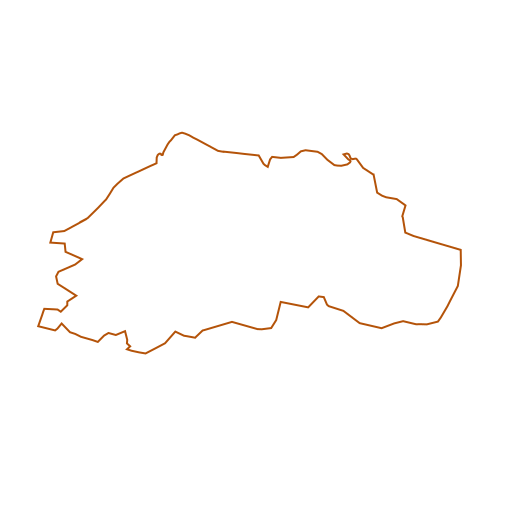 outline of Razih, Sa`dah, Yemen, rotated 283°
{"feature_id": "15242507B22437016360372", "entity_name": "Razih", "entity_type": "district", "adm_level": 2, "iso_a3": "YEM", "parent_name": "Yemen", "parent_adm1": "Sa`dah", "projection": "natural_earth1", "projection_center": [43.257, 16.923], "detail": "fine", "context": "isolated", "style": "outline", "palette": "amber", "viewbox_px": 512, "rotation_deg": 283, "n_neighbors": 0, "source": "geoboundaries", "source_scale": "gbopen_adm2", "svg_char_len": 2308}
<svg xmlns="http://www.w3.org/2000/svg" viewBox="0 0 512 512"><g transform="rotate(283 256 256)"><path d="M251.5,79.4L251.6,79.9L237.2,63.6L233.5,53.1L222.8,52.6L225.1,66.8L217.2,69.5L214.2,85.4L213.8,87.3L207.0,81.7L196.2,67.1L191.2,65.8L190.7,66.0L184.3,69.0L178.9,84.2L176.9,89.8L169.2,82.4L165.5,83.2L157.8,78.3L159.2,74.7L158.6,71.1L156.9,61.6L153.8,61.2L150.3,60.9L146.8,60.5L142.2,60.0L138.6,59.6L138.3,77.0L140.5,78.8L146.5,81.8L139.9,91.9L139.4,97.4L138.2,102.4L137.9,103.5L137.3,115.6L136.7,121.2L144.3,125.9L147.8,129.6L147.5,137.2L153.3,145.3L145.3,149.4L141.8,149.9L139.7,153.7L136.1,151.3L135.7,156.0L135.8,163.8L136.2,170.3L143.6,179.0L150.5,187.0L164.2,194.4L162.1,203.8L162.3,206.4L162.7,215.1L164.7,216.3L165.2,216.7L166.3,217.4L171.2,220.6L171.6,221.0L171.7,221.3L172.1,222.1L186.4,247.4L185.1,273.9L185.9,278.1L189.2,287.0L198.1,290.1L216.8,290.4L217.7,318.4L230.7,326.2L231.2,331.3L224.6,336.1L223.5,338.1L222.2,353.5L213.9,372.1L213.9,394.6L221.4,405.8L225.6,414.0L225.5,425.0L225.5,427.4L226.5,431.3L227.8,437.8L233.0,448.0L237.6,449.9L250.0,453.8L256.2,455.3L272.2,459.4L293.0,457.8L308.0,454.1L310.9,405.2L312.4,396.2L326.7,390.3L327.6,389.6L338.9,390.3L343.1,380.3L342.5,369.6L343.1,365.3L345.0,359.8L361.9,352.2L361.8,351.8L365.9,340.6L372.9,332.5L373.3,331.7L373.2,330.8L372.1,328.4L372.3,326.5L373.0,325.8L375.0,324.5L376.1,323.3L376.3,321.5L374.7,318.5L370.9,324.2L370.3,326.1L369.7,326.8L368.4,326.6L365.8,324.4L363.1,318.8L362.4,314.9L362.2,311.9L365.8,303.9L370.1,297.2L371.4,292.6L370.2,280.5L368.1,276.2L364.0,273.2L360.9,270.4L357.2,258.1L356.2,249.4L353.3,248.0L348.4,247.6L345.5,247.4L346.6,244.2L347.6,242.5L354.6,236.0L354.5,235.4L354.4,234.8L353.9,230.4L352.8,221.5L352.0,214.1L350.4,200.9L350.2,200.9L350.1,199.3L349.9,195.3L355.9,173.6L356.3,172.1L357.2,168.2L357.7,166.7L358.6,163.7L359.3,159.4L359.5,156.2L358.3,154.0L356.8,152.1L355.4,149.8L349.6,147.1L347.9,146.0L344.9,144.8L336.1,142.4L334.4,142.4L333.5,142.3L333.2,141.7L333.3,141.0L333.8,140.8L334.2,140.0L334.0,138.9L333.0,138.0L332.2,137.5L329.6,137.1L324.0,138.2L321.4,134.8L320.7,133.8L306.1,115.0L301.7,109.4L295.3,104.8L290.5,101.8L283.6,99.5L277.3,97.2L275.9,96.3L269.3,92.4L267.9,91.6L255.0,83.4L254.4,82.7L254.2,82.5L252.7,80.8L251.5,79.4Z" fill="none" stroke="#b45309" stroke-width="2"/></g></svg>